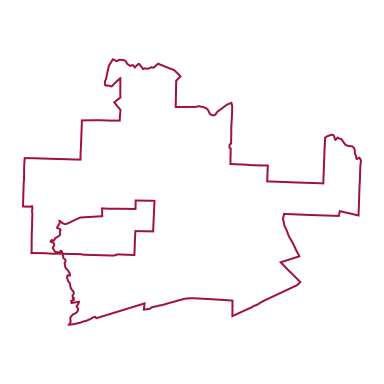 outline of Sohatu, Calarasi, Romania
{"feature_id": "2599482B94348057267162", "entity_name": "Sohatu", "entity_type": "district", "adm_level": 2, "iso_a3": "ROU", "parent_name": "Romania", "parent_adm1": "Calarasi", "projection": "mercator", "projection_center": [26.509, 44.36], "detail": "fine", "context": "isolated", "style": "outline", "palette": "rose", "viewbox_px": 384, "rotation_deg": 0, "n_neighbors": 0, "source": "geoboundaries", "source_scale": "gbopen_adm2", "svg_char_len": 5792}
<svg xmlns="http://www.w3.org/2000/svg" viewBox="0 0 384 384"><path d="M239.1,313.0L252.1,307.1L253.7,306.0L254.5,305.7L256.2,305.1L257.6,304.5L260.2,302.8L262.1,301.7L263.8,300.8L297.2,285.1L300.3,282.1L298.3,280.0L286.8,268.6L280.7,262.3L298.8,256.5L299.3,256.3L299.4,256.2L296.5,251.0L294.5,246.6L292.4,242.4L288.8,236.1L286.8,230.7L284.3,225.3L283.8,222.1L283.3,220.7L283.0,218.7L284.1,213.9L307.5,214.9L322.4,215.4L338.8,215.9L339.8,211.2L350.1,213.5L358.5,215.5L358.6,212.7L359.1,199.9L359.4,189.2L359.5,186.5L359.6,185.0L359.9,179.3L360.3,166.9L360.4,165.7L361.0,160.4L359.4,157.7L356.8,159.0L356.3,158.4L355.9,155.7L355.4,154.7L355.0,153.4L354.8,151.8L354.8,149.8L354.2,148.4L352.9,146.9L352.1,146.3L348.7,146.0L345.8,145.1L344.4,143.4L342.7,141.0L341.4,139.2L341.1,139.0L340.3,138.9L340.0,138.8L338.3,138.0L337.8,137.7L337.6,137.6L335.6,139.9L335.1,139.4L334.8,138.9L334.7,138.6L334.3,136.8L334.0,136.0L333.7,135.5L333.3,135.1L332.7,134.9L332.3,134.8L331.7,134.8L331.1,134.9L330.2,135.1L328.6,135.8L328.2,136.0L327.3,136.2L326.8,136.5L325.6,137.3L325.1,137.7L324.4,153.4L323.8,169.6L323.3,183.4L318.8,183.2L293.7,182.4L287.2,182.1L275.9,181.7L267.2,181.4L267.8,165.5L258.4,165.4L249.6,165.1L248.1,164.8L230.4,164.0L230.5,159.9L230.5,156.0L230.6,155.2L230.7,148.6L230.1,148.4L229.7,148.0L229.4,147.4L229.6,144.8L230.0,144.2L231.1,143.6L231.1,139.9L231.3,134.2L231.3,130.5L231.2,128.6L231.3,127.2L231.5,123.5L231.8,118.1L232.0,115.1L232.1,112.7L232.2,106.5L231.9,104.6L231.1,102.0L231.3,103.2L231.2,103.3L230.4,103.4L229.0,103.7L228.2,104.1L227.0,104.7L226.4,105.1L225.4,105.8L221.7,108.6L219.0,110.5L217.5,111.6L216.8,112.5L216.3,113.1L215.7,114.2L215.1,114.8L214.5,115.2L213.5,115.3L212.2,115.2L211.3,114.8L210.5,114.4L209.9,113.9L209.6,113.3L209.3,112.8L208.8,111.5L207.5,109.3L207.0,108.8L204.5,107.6L203.1,106.9L202.7,106.8L200.9,106.7L199.3,106.3L198.5,106.3L197.1,106.5L195.9,106.9L175.7,107.0L176.2,80.7L180.5,76.3L179.8,75.6L179.0,74.7L175.0,70.9L174.2,70.1L170.4,68.7L162.7,65.6L161.8,65.1L160.1,64.6L159.7,64.4L158.4,63.6L158.2,63.7L156.0,65.5L154.8,66.6L153.5,67.7L153.3,67.7L152.9,67.6L152.0,67.4L151.1,67.3L149.8,68.0L148.5,68.6L147.5,68.7L146.0,68.6L144.8,68.3L144.2,68.6L143.2,69.1L139.1,63.9L138.7,63.8L136.0,66.1L135.9,66.4L134.8,67.4L133.1,65.3L132.8,65.1L132.5,65.1L132.0,65.2L130.6,65.9L130.4,65.9L130.0,65.8L129.3,65.2L128.8,64.9L127.9,64.4L127.4,64.0L127.1,63.7L126.9,63.4L126.3,62.1L126.1,61.7L125.9,61.5L125.7,61.3L125.3,61.0L124.7,60.6L124.0,60.3L123.4,60.1L122.7,59.9L119.3,59.8L118.3,60.2L117.2,61.1L116.9,61.2L116.5,61.2L113.3,59.3L113.1,59.3L112.8,59.4L109.9,64.1L109.0,65.5L108.8,66.2L107.4,72.3L106.1,78.9L105.6,80.0L105.0,81.2L104.9,83.2L105.0,84.5L105.3,85.3L105.7,85.6L106.6,85.4L107.6,85.5L109.7,85.9L111.3,86.4L111.6,86.4L112.0,86.1L113.8,84.3L115.9,82.1L116.7,81.4L117.6,80.6L119.3,78.9L120.3,78.3L120.3,82.2L120.4,85.2L120.3,88.1L120.3,91.8L120.4,97.5L114.2,102.3L120.5,110.0L120.2,113.0L119.9,116.4L119.7,120.6L110.9,120.6L98.8,120.2L81.9,120.4L81.7,126.7L81.0,145.1L80.5,156.2L80.5,159.6L75.0,159.5L62.6,159.1L54.7,158.9L32.5,158.2L24.7,158.1L24.5,160.5L24.1,168.2L24.1,174.5L24.0,180.7L23.8,181.7L23.7,182.1L23.0,206.4L23.5,206.5L30.1,206.7L30.6,206.7L30.9,206.6L31.9,206.1L32.1,206.6L32.3,207.3L32.4,207.7L32.0,212.0L32.1,212.5L32.3,213.3L32.4,213.6L32.1,221.7L32.1,226.0L31.7,235.7L31.6,249.8L31.6,250.6L31.4,253.0L44.6,253.2L53.5,253.8L55.0,253.7L58.9,253.7L61.5,253.7L62.3,253.5L62.3,253.1L62.0,252.2L61.8,251.8L61.3,250.9L61.1,250.8L60.9,250.8L60.5,250.9L60.3,251.1L60.1,251.5L59.9,252.2L59.8,252.4L59.5,252.5L59.0,252.5L58.0,252.3L57.3,252.1L56.0,252.0L55.5,251.9L55.0,251.5L54.5,250.9L53.0,248.4L52.8,247.8L52.8,247.4L53.6,246.3L54.0,245.8L54.2,245.3L54.2,244.4L54.1,243.8L53.8,243.2L53.4,242.8L52.7,242.5L51.2,242.1L50.9,241.9L50.7,241.7L50.7,241.4L50.9,240.8L51.4,240.2L52.0,240.1L52.9,240.4L53.5,240.5L54.0,240.4L54.2,240.1L54.6,239.3L54.9,238.6L55.3,238.2L55.8,237.8L56.7,237.4L58.8,236.0L59.9,234.9L60.2,234.6L59.8,231.7L59.9,231.2L60.5,230.4L60.6,229.9L60.1,229.2L59.5,228.9L58.5,228.5L57.3,228.0L57.1,227.7L57.2,227.2L59.5,223.5L59.7,222.2L59.7,221.3L59.6,221.0L60.2,221.2L60.6,221.4L61.7,222.5L63.2,223.5L64.4,224.0L64.8,224.1L65.5,224.1L67.0,223.7L69.4,222.6L74.6,220.1L77.9,218.5L80.5,217.5L102.2,216.2L102.1,208.4L108.0,208.7L126.3,208.8L135.5,209.0L135.7,200.5L154.5,200.8L153.4,225.1L153.2,228.8L153.2,231.4L135.4,231.1L135.0,237.8L134.4,255.0L117.6,254.4L117.2,254.4L116.7,254.6L116.0,255.1L115.5,255.2L114.8,255.2L114.2,255.3L113.7,255.6L89.8,254.9L88.8,254.9L88.1,255.0L87.4,254.8L83.3,254.7L81.8,254.3L78.3,254.1L62.7,253.8L62.9,255.7L63.2,256.5L63.2,257.7L64.0,258.6L65.2,259.5L65.6,260.9L65.2,261.8L64.6,263.1L64.9,265.1L65.5,267.7L65.8,268.1L67.5,270.0L68.5,271.0L68.7,271.8L69.5,273.1L70.1,274.6L70.0,275.2L69.7,275.7L67.7,275.3L67.2,276.5L67.1,277.6L67.3,278.5L68.0,280.8L68.4,281.5L69.3,282.4L69.8,283.1L70.6,287.5L71.2,288.8L71.6,289.4L72.8,290.9L73.8,292.3L73.9,293.2L73.6,293.9L72.8,295.1L72.5,295.8L72.5,296.1L73.0,297.1L73.3,297.5L73.7,297.8L72.8,298.5L73.1,298.8L73.9,299.8L72.2,300.7L71.1,301.1L71.6,303.0L72.8,302.8L78.9,301.8L78.9,302.1L78.4,303.8L76.6,306.1L76.8,306.8L77.7,308.0L78.1,309.1L77.8,310.5L77.5,311.3L76.7,312.3L75.6,313.2L75.1,313.4L73.2,314.3L72.3,315.0L71.1,316.5L70.5,317.1L70.3,318.1L70.5,320.2L70.6,321.3L70.5,322.2L69.9,323.3L69.2,324.2L69.0,324.7L70.3,324.6L71.5,324.4L73.0,324.3L76.2,323.6L77.9,323.1L79.6,322.9L80.8,322.5L82.0,322.0L82.7,321.7L85.8,320.9L87.0,320.5L89.8,319.3L93.1,317.4L95.2,316.8L96.4,318.2L144.6,303.4L143.8,309.6L149.4,308.9L150.2,308.6L151.5,307.4L157.7,306.0L159.4,305.5L161.7,305.2L170.6,302.6L183.0,299.2L185.7,298.6L189.6,298.3L192.0,298.2L198.7,298.5L218.2,299.6L232.5,300.6L232.4,316.1L239.1,313.0Z" fill="none" stroke="#9f1239" stroke-width="2"/></svg>